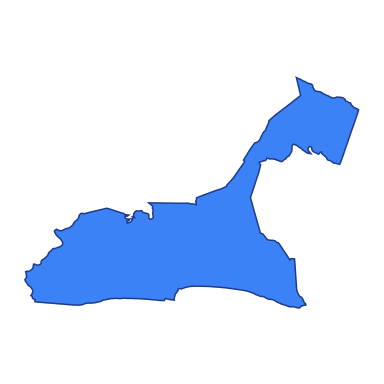 the district of Ilhéus, Bahia, Brazil, rotated 95°
{"feature_id": "56859067B42691950323680", "entity_name": "Ilhéus", "entity_type": "district", "adm_level": 2, "iso_a3": "BRA", "parent_name": "Brazil", "parent_adm1": "Bahia", "projection": "albers", "projection_center": [-39.201, -14.766], "detail": "fine", "context": "isolated", "style": "filled", "palette": "blue", "viewbox_px": 384, "rotation_deg": 95, "n_neighbors": 0, "source": "geoboundaries", "source_scale": "gbopen_adm2", "svg_char_len": 5621}
<svg xmlns="http://www.w3.org/2000/svg" viewBox="0 0 384 384"><g transform="rotate(95 192 192)"><path d="M95.6,33.2L94.8,34.7L94.2,36.4L93.6,38.5L92.5,39.3L91.5,40.9L89.5,41.7L89.2,43.7L88.2,45.6L87.8,47.2L86.2,47.7L85.3,49.3L84.9,50.6L84.7,52.3L84.8,54.2L84.8,56.1L85.6,57.5L86.2,58.9L85.9,60.3L85.6,62.0L84.5,64.3L84.0,66.2L83.3,67.8L82.8,69.6L81.6,71.6L80.9,73.3L80.9,75.3L80.7,77.1L80.2,78.5L79.0,79.4L77.9,80.2L76.6,80.9L75.2,81.1L74.2,82.4L73.8,83.7L73.6,86.0L72.1,89.1L71.7,91.1L70.9,92.5L70.1,94.3L69.7,96.2L68.9,98.0L86.4,92.2L99.1,105.8L107.2,114.8L114.2,121.6L115.8,121.6L118.0,122.1L120.1,123.0L122.0,123.6L124.1,124.2L125.5,125.4L126.8,126.4L128.7,127.0L130.4,127.7L131.7,128.3L133.4,128.7L135.0,129.7L136.3,130.8L137.1,132.2L137.6,133.7L143.3,137.2L144.8,138.0L155.8,143.5L157.0,142.1L175.3,152.6L181.8,157.7L183.5,158.3L186.4,163.4L188.8,169.2L192.0,175.8L193.0,178.0L197.3,186.9L199.4,187.0L201.2,187.6L202.7,186.8L204.4,186.8L203.8,189.0L203.8,190.9L203.9,192.8L203.4,194.8L203.7,197.1L204.0,200.8L204.3,203.7L206.6,234.2L209.6,229.9L211.3,230.1L212.6,229.5L213.9,229.1L215.7,229.3L217.6,229.1L219.1,228.7L220.8,228.3L222.5,230.0L222.9,231.6L221.7,232.6L220.1,233.0L218.7,232.9L217.5,233.9L216.6,239.1L214.9,240.6L215.6,243.2L215.6,245.7L216.7,247.1L218.9,248.2L220.8,248.2L222.4,247.0L222.0,249.3L223.5,248.5L224.3,249.7L225.7,249.2L227.1,250.5L228.1,252.5L228.8,253.6L226.9,254.4L225.8,252.2L224.3,251.4L224.6,252.9L224.5,255.3L223.1,256.7L221.9,256.5L221.8,254.6L220.5,253.0L220.4,254.7L220.4,256.8L219.3,258.2L218.9,260.8L216.2,272.2L215.6,275.5L221.5,293.3L222.1,294.9L223.1,297.8L222.7,299.1L223.1,300.9L225.0,302.4L227.2,302.6L229.0,303.3L230.3,304.8L232.0,306.3L233.6,307.4L235.0,307.6L236.1,308.7L237.3,309.8L238.6,311.6L239.3,313.8L240.0,315.3L240.8,316.5L241.8,318.1L242.1,320.4L240.9,323.8L242.7,325.7L244.0,325.3L245.3,324.4L246.7,323.4L247.9,322.1L249.1,320.7L250.0,319.1L251.0,318.4L252.2,317.3L253.3,316.6L254.8,316.3L256.3,316.8L257.4,317.8L258.4,319.7L259.5,322.0L260.3,323.9L260.5,325.7L261.7,326.4L262.9,327.4L264.2,328.8L265.4,329.6L267.3,330.0L268.5,330.9L269.7,331.9L270.8,333.0L271.8,333.9L272.7,335.3L274.3,336.3L276.0,336.0L277.3,336.7L278.0,338.3L278.5,340.0L277.7,341.7L277.6,343.5L279.7,343.7L281.7,343.9L283.1,344.7L284.0,345.9L285.3,347.5L285.3,349.6L285.8,350.8L287.8,350.1L289.7,349.7L291.4,349.3L292.5,350.0L293.7,350.8L294.9,350.5L296.1,349.5L297.7,348.2L299.3,347.0L300.3,344.9L302.1,343.4L303.7,342.0L305.2,341.7L306.4,342.4L307.8,342.5L309.1,343.5L310.1,342.1L312.0,341.5L313.0,338.9L315.0,339.0L315.0,336.7L315.1,335.4L315.1,333.3L315.1,331.1L315.1,328.6L315.1,326.3L315.0,324.6L315.0,323.0L315.0,320.5L315.0,318.6L315.0,316.9L315.0,314.6L315.0,312.7L314.9,311.1L314.9,309.7L314.9,308.0L315.0,305.9L314.9,304.0L314.9,301.7L314.9,299.7L314.7,297.8L314.6,295.6L314.4,293.6L313.9,291.9L313.5,290.6L312.8,289.5L312.1,287.8L311.7,285.9L311.6,284.1L311.3,282.0L311.0,279.8L310.3,277.7L309.8,276.3L309.4,274.8L308.7,272.8L307.4,271.1L306.9,268.8L306.4,267.5L306.0,265.9L305.3,263.5L305.0,261.2L304.7,259.2L304.5,257.2L304.5,254.9L304.3,253.4L304.0,252.1L303.7,250.5L303.7,248.3L303.5,246.0L303.3,243.4L303.2,240.9L303.1,238.2L302.9,236.1L302.9,234.7L302.9,232.8L302.8,231.0L302.8,229.5L302.7,227.6L302.7,225.0L302.8,222.9L302.8,221.6L302.7,219.7L302.7,217.4L302.8,215.0L302.8,213.2L302.6,210.2L300.5,209.3L300.7,207.1L301.1,205.0L301.2,203.7L301.2,202.1L301.2,200.1L299.5,200.6L297.9,200.1L295.7,199.9L294.3,199.1L292.9,198.3L291.5,197.3L290.1,197.6L289.4,196.1L289.4,194.0L288.6,192.3L287.8,190.5L287.1,188.6L286.5,186.5L286.1,184.7L285.8,182.8L285.6,181.2L285.5,179.8L285.3,177.6L285.1,175.3L285.0,173.6L285.0,171.9L284.8,169.9L284.7,168.0L284.6,166.2L284.6,164.0L284.6,161.8L284.5,159.1L284.5,156.7L284.5,154.5L284.5,152.3L284.5,150.6L284.5,149.1L284.6,147.6L284.7,146.1L284.8,144.5L284.8,143.1L285.0,140.9L285.1,138.5L285.2,136.9L285.2,135.4L285.3,134.1L285.5,132.1L285.7,130.2L286.0,128.0L286.6,125.4L287.2,123.3L287.8,121.2L288.7,119.4L289.2,117.0L290.0,115.1L289.9,113.0L290.1,111.3L291.0,109.4L291.6,108.1L292.1,106.2L292.1,103.9L292.3,101.8L292.9,100.4L293.5,99.0L294.4,97.4L295.0,95.1L295.7,93.6L296.2,91.7L296.5,89.7L296.9,88.4L297.3,86.6L297.9,84.7L297.6,83.1L297.6,81.3L297.6,79.6L298.0,77.9L298.2,76.3L298.0,74.6L296.2,73.4L295.3,70.9L294.7,68.7L293.5,69.1L292.3,70.6L291.0,71.2L289.2,72.2L287.4,73.5L286.9,75.1L285.7,76.4L284.6,77.1L283.1,78.0L281.3,78.8L279.6,79.3L249.7,84.0L249.7,85.4L249.7,87.5L251.2,88.5L235.9,100.7L235.0,101.7L234.7,103.3L233.4,105.1L233.1,107.4L233.2,109.0L233.2,111.3L232.6,113.2L231.1,114.4L229.6,115.8L227.6,117.8L226.9,120.3L205.5,128.4L195.1,132.3L192.6,133.3L165.8,127.0L163.5,126.7L160.9,126.3L159.1,125.9L158.0,126.9L156.9,127.7L156.1,126.6L155.4,124.9L154.6,123.3L154.4,121.8L153.1,120.7L151.7,120.3L152.0,118.8L152.4,117.1L152.0,115.8L152.1,113.6L152.2,111.6L152.9,110.3L153.0,108.9L153.7,107.4L154.0,105.9L153.5,104.5L152.1,103.4L150.6,101.3L148.9,100.5L148.0,98.9L146.2,97.7L144.4,96.9L142.6,96.2L140.7,96.1L138.6,96.3L137.1,96.3L135.5,95.2L136.0,93.2L136.4,91.7L137.4,90.2L138.2,89.1L138.8,87.4L140.0,86.1L140.9,84.6L141.5,83.5L142.5,81.9L143.3,79.9L143.4,78.3L143.5,76.9L141.9,78.5L140.2,80.1L137.7,80.0L136.2,78.5L137.3,76.6L139.1,76.3L140.6,75.5L141.6,73.9L142.2,71.8L143.3,69.7L142.8,68.5L141.3,67.9L140.8,66.6L142.5,65.9L143.6,64.5L144.6,62.9L146.0,61.0L147.4,60.4L148.5,59.1L148.7,57.1L149.3,55.9L150.7,53.7L150.9,52.0L151.2,49.4L151.6,47.3L148.1,46.1L138.4,43.7L134.7,42.8L123.9,40.1L121.9,39.6L116.8,38.3L113.2,37.4L108.6,36.2L97.5,33.5L95.6,33.2Z" fill="#3b82f6" stroke="#1e3a8a" stroke-width="1.5"/></g></svg>